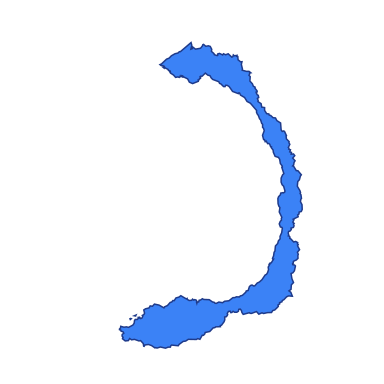 the district of Parigi Moutong, Sulawesi Tengah, Indonesia, rotated 163°
{"feature_id": "22746128B5854376167403", "entity_name": "Parigi Moutong", "entity_type": "district", "adm_level": 2, "iso_a3": "IDN", "parent_name": "Indonesia", "parent_adm1": "Sulawesi Tengah", "projection": "mercator", "projection_center": [120.393, -0.239], "detail": "fine", "context": "isolated", "style": "filled", "palette": "blue", "viewbox_px": 384, "rotation_deg": 163, "n_neighbors": 0, "source": "geoboundaries", "source_scale": "gbopen_adm2", "svg_char_len": 5902}
<svg xmlns="http://www.w3.org/2000/svg" viewBox="0 0 384 384"><g transform="rotate(163 192 192)"><path d="M227.5,48.8L224.1,52.0L222.9,51.6L221.2,52.6L220.5,53.8L215.8,53.4L211.4,55.9L209.9,55.6L208.7,56.1L204.2,54.9L204.0,56.0L202.7,56.0L199.3,58.5L198.0,60.2L197.3,62.9L195.7,62.7L194.5,63.5L193.7,64.4L193.8,65.6L192.1,67.1L190.4,66.9L190.2,65.3L189.2,65.1L187.6,65.9L186.5,64.6L184.3,63.9L182.5,64.4L181.6,66.1L180.2,66.0L179.4,64.3L179.5,62.2L178.8,60.0L172.4,59.8L171.9,59.0L170.6,58.5L165.3,58.8L163.8,55.6L160.4,56.0L159.1,54.9L155.2,54.6L151.2,53.5L149.5,55.0L147.3,55.0L144.0,56.7L142.9,57.4L142.8,58.8L140.8,59.4L140.6,60.6L138.1,60.7L137.4,61.8L135.5,62.2L132.2,64.1L130.0,64.4L126.5,63.0L126.8,67.2L128.2,69.1L125.8,69.9L124.1,74.2L121.4,75.7L121.8,79.9L121.1,85.1L119.2,85.2L117.1,86.7L114.7,91.0L115.2,92.1L116.9,93.1L116.7,94.2L115.9,94.3L115.7,95.5L114.7,96.2L112.0,96.5L110.0,97.6L109.4,100.2L108.6,101.3L108.8,103.6L106.0,105.4L106.8,109.7L105.8,110.7L106.4,111.6L105.7,112.7L107.3,114.4L109.4,114.5L111.1,118.1L112.1,119.0L111.5,120.2L112.0,121.5L112.7,121.9L112.1,122.5L112.0,124.6L111.2,126.0L109.6,126.0L108.0,127.1L107.9,128.5L105.4,128.5L104.3,129.8L104.3,131.8L103.5,132.1L104.4,133.7L102.7,135.6L103.2,136.4L97.7,137.3L97.6,139.2L96.1,139.7L95.4,141.5L93.2,141.4L91.7,143.1L90.5,147.7L91.1,151.0L90.1,153.2L89.2,153.8L88.6,157.6L89.1,158.9L88.4,159.7L88.4,161.7L89.6,166.7L87.8,171.1L85.7,172.3L83.7,175.5L82.4,176.5L84.5,181.4L86.0,181.9L87.3,187.0L88.1,187.5L86.8,188.3L85.8,190.4L84.3,191.7L85.8,195.0L83.1,196.7L83.8,198.7L86.1,199.2L85.3,200.8L86.8,201.8L85.5,203.6L87.0,204.7L86.5,205.5L86.9,206.4L84.5,209.0L84.9,210.7L84.4,211.8L86.2,215.2L85.6,218.2L85.2,218.3L85.8,222.9L86.5,223.6L88.0,223.5L88.6,225.4L87.1,232.1L90.0,235.5L90.5,238.4L92.8,239.4L94.3,242.1L95.7,243.0L95.7,244.2L97.7,245.1L98.7,248.8L97.9,251.5L100.5,252.8L100.1,256.3L102.5,259.2L102.0,260.0L102.1,262.4L100.6,262.8L100.4,265.1L101.2,265.9L101.6,268.3L101.5,268.8L100.4,268.7L100.2,269.6L101.4,272.8L101.0,273.8L102.4,275.2L102.6,277.8L104.2,281.2L102.6,285.3L103.4,287.0L102.4,287.9L102.2,288.9L100.9,288.8L102.2,290.7L104.6,291.4L108.4,293.8L107.8,294.8L107.5,299.6L106.1,302.0L107.5,302.3L109.3,305.0L108.6,308.1L109.6,308.6L109.0,309.5L111.7,309.9L112.4,311.0L113.4,309.5L114.5,309.3L117.0,313.6L119.7,313.4L121.5,315.0L122.6,314.1L125.2,316.5L127.0,316.5L127.5,315.1L128.1,315.1L130.5,316.8L130.5,317.9L132.3,320.8L131.4,322.7L132.0,325.9L133.6,327.0L136.2,327.3L137.8,329.8L138.6,329.7L139.5,328.5L141.8,327.0L146.9,327.6L148.8,330.3L149.8,329.0L151.3,328.9L149.3,332.3L149.2,335.2L162.1,329.6L163.0,329.9L164.9,329.0L167.8,329.2L171.9,328.3L174.8,326.7L177.5,326.5L183.7,323.4L185.4,323.2L184.7,322.1L182.1,320.8L181.4,318.5L179.0,316.2L179.0,315.2L177.5,314.0L177.6,313.1L178.1,313.4L177.8,312.0L175.5,309.3L174.2,306.4L171.8,306.2L170.7,305.3L170.1,305.7L168.8,305.5L168.9,306.2L168.0,305.6L167.1,305.9L166.1,304.2L163.1,301.5L162.4,297.8L159.7,295.5L153.6,296.0L153.3,297.4L152.5,297.2L151.6,298.3L150.8,298.1L150.3,298.6L150.7,299.8L150.1,300.2L148.4,299.8L144.5,301.8L142.7,299.1L140.8,298.0L140.3,295.5L139.3,293.6L134.1,289.6L133.9,287.8L132.9,287.1L131.0,283.6L129.6,283.1L128.6,284.2L127.2,283.7L125.7,282.1L123.8,276.3L118.9,272.5L118.2,273.1L117.6,272.8L117.3,270.5L114.1,267.0L112.9,262.5L110.2,259.8L106.4,251.1L107.0,249.4L106.8,247.4L106.2,245.9L106.0,242.3L105.3,240.9L105.3,237.3L104.7,236.1L105.6,233.2L105.0,232.0L105.0,229.5L108.0,225.6L108.2,221.2L107.4,220.9L107.3,218.7L106.2,219.0L105.5,216.1L104.4,216.0L103.7,214.9L103.6,212.7L102.8,211.9L103.3,211.4L102.2,208.4L102.6,206.2L102.1,201.8L99.2,199.8L98.6,197.6L99.2,193.4L98.2,190.7L98.3,189.5L98.9,189.4L98.8,182.7L100.4,181.9L102.7,179.2L103.9,175.4L103.7,172.6L102.7,170.7L102.8,165.8L103.4,164.8L104.7,164.4L105.2,164.8L107.5,165.0L108.3,163.5L110.6,162.2L111.8,160.6L113.1,155.7L113.1,153.2L112.5,151.4L114.4,147.4L113.5,141.5L114.3,140.6L114.7,138.9L116.2,138.1L117.9,136.0L117.7,132.7L116.4,131.9L116.2,131.0L118.1,126.9L120.8,123.8L121.4,121.5L123.7,120.0L125.1,117.7L128.0,116.0L130.0,111.2L131.1,110.4L132.7,107.0L134.5,104.9L134.4,104.1L133.7,103.9L136.9,101.1L138.3,101.2L139.3,100.4L138.8,100.1L141.1,97.9L141.5,95.4L143.3,92.8L144.8,91.5L146.4,91.2L150.7,87.7L153.9,86.2L156.2,85.9L159.4,83.9L160.5,84.1L161.8,85.5L163.3,85.5L164.8,84.7L167.1,81.4L169.1,81.5L169.8,80.5L174.1,78.4L176.2,78.5L177.3,77.8L180.3,78.8L181.9,78.5L183.8,79.0L188.5,77.2L192.8,78.0L195.1,77.2L198.5,78.9L201.3,78.4L202.5,78.9L203.0,80.0L204.6,80.9L207.0,84.0L212.2,85.8L213.3,86.9L215.4,86.2L216.8,86.4L217.7,85.0L219.4,85.0L219.9,84.2L219.9,85.5L219.3,86.0L219.6,87.4L220.9,88.3L221.9,88.1L222.8,89.4L224.0,88.5L226.5,89.1L227.9,90.7L227.8,91.6L228.5,91.4L229.6,92.4L233.0,96.1L235.3,95.3L238.3,95.4L240.8,93.3L242.0,93.8L243.6,92.7L245.1,92.8L248.7,90.6L251.8,90.2L252.7,89.4L256.6,93.5L260.7,95.8L263.2,94.3L265.3,95.3L267.0,93.7L270.6,93.9L272.6,93.3L272.8,90.0L273.8,88.9L275.6,88.5L275.3,87.7L276.5,86.2L278.0,85.9L278.9,86.8L280.4,86.9L281.5,86.1L283.5,86.7L284.5,86.0L285.7,83.4L287.5,82.0L292.3,81.1L294.1,82.2L296.6,82.6L299.4,84.4L300.2,82.8L301.5,82.1L301.6,81.5L300.5,80.8L300.5,79.6L298.9,78.6L298.5,76.9L300.4,76.2L301.0,74.7L300.4,73.2L301.4,72.0L299.4,69.1L296.3,68.5L294.4,70.1L293.0,68.3L290.1,67.9L286.3,65.1L284.6,64.9L282.9,61.3L283.3,58.7L282.9,58.4L281.6,59.5L278.2,58.9L275.6,57.0L273.0,53.7L272.1,53.8L271.1,53.0L267.5,53.0L263.0,50.4L260.2,50.6L258.0,50.0L257.2,51.2L256.3,51.6L250.1,49.0L248.9,50.0L244.1,51.7L241.6,51.3L238.6,52.2L230.9,49.7L229.4,50.1L227.5,48.8ZM281.5,90.7L283.3,90.5L282.2,89.9L281.5,90.7ZM288.4,88.9L288.3,88.1L287.1,88.6L287.6,89.0L288.4,88.9ZM183.1,319.6L182.5,318.7L182.2,319.4L183.1,319.6ZM167.4,305.5L167.2,304.5L166.7,304.4L166.6,304.6L167.4,305.5ZM279.5,87.7L279.0,87.2L278.6,87.4L278.7,87.6L279.5,87.7Z" fill="#3b82f6" stroke="#1e3a8a" stroke-width="1.5"/></g></svg>